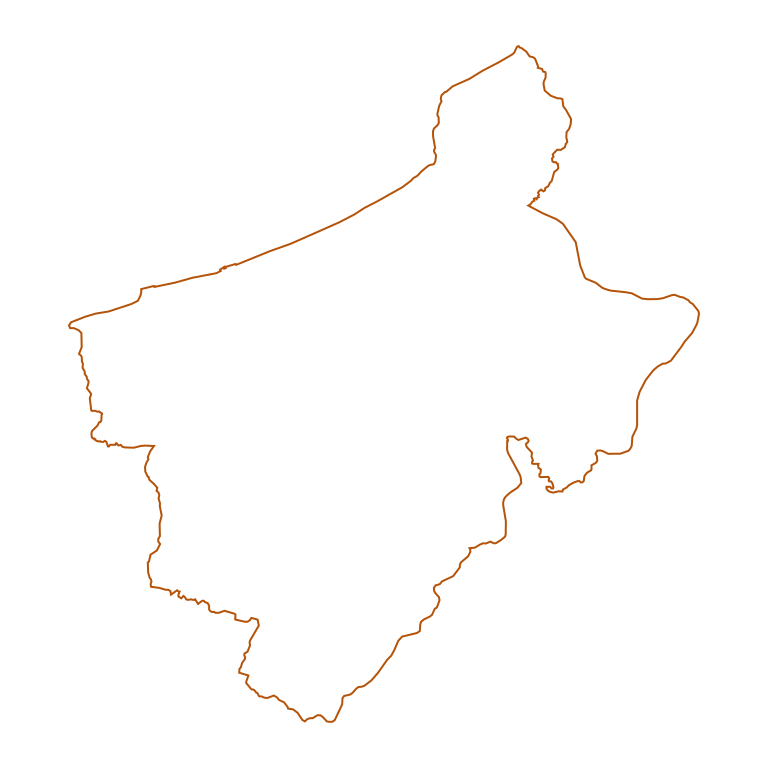 San Juan De Urabá, Antioquia, Colombia
{"feature_id": "7082276B41471862384078", "entity_name": "San Juan De Urabá", "entity_type": "district", "adm_level": 2, "iso_a3": "COL", "parent_name": "Colombia", "parent_adm1": "Antioquia", "projection": "orthographic", "projection_center": [-76.53, 8.711], "detail": "fine", "context": "isolated", "style": "outline", "palette": "amber", "viewbox_px": 768, "rotation_deg": 0, "n_neighbors": 0, "source": "geoboundaries", "source_scale": "gbopen_adm2", "svg_char_len": 6050}
<svg xmlns="http://www.w3.org/2000/svg" viewBox="0 0 768 768"><path d="M273.9,695.5L277.2,697.6L279.0,699.9L284.2,702.4L287.7,707.1L288.1,708.6L293.1,709.4L297.6,712.8L302.4,720.0L304.9,721.4L307.1,719.3L309.8,718.2L312.7,718.2L317.5,715.2L320.4,715.3L322.9,717.1L326.8,721.4L329.6,721.9L332.5,721.7L334.8,720.0L341.1,706.7L342.2,704.0L342.5,698.2L344.2,695.9L350.0,694.6L352.5,692.9L356.2,688.7L358.5,687.0L361.4,686.8L364.1,685.9L371.1,680.7L378.0,672.8L387.1,659.9L391.2,655.7L394.1,650.5L398.3,640.8L402.1,636.6L416.9,633.0L419.8,631.1L420.3,624.2L421.2,621.6L424.1,619.3L430.0,616.5L432.1,614.7L434.8,608.7L436.8,607.6L438.0,604.6L439.5,600.2L439.0,597.2L435.2,592.9L434.1,590.8L433.9,588.0L435.5,585.4L439.7,584.2L442.1,581.3L453.1,576.2L459.8,567.4L459.9,564.7L460.9,562.4L468.1,556.3L470.3,551.9L470.3,549.7L469.5,548.2L474.7,547.7L480.1,544.5L483.0,543.3L485.9,543.5L490.4,541.6L493.7,543.3L495.9,543.2L501.4,539.7L505.1,536.6L505.7,534.3L505.9,521.3L503.2,505.3L503.2,502.3L504.0,499.2L505.6,496.7L509.9,492.8L517.5,487.7L521.3,483.0L520.6,476.9L519.5,474.2L508.0,452.9L507.1,449.8L507.2,441.1L507.8,441.1L508.0,439.9L506.9,438.1L507.4,437.0L509.5,436.4L514.2,436.6L515.9,438.4L518.4,440.0L525.7,437.6L528.0,439.1L528.6,440.8L528.1,442.1L525.9,443.9L526.6,446.8L532.0,452.7L531.5,456.6L533.0,460.6L532.1,461.8L532.1,463.5L533.3,463.9L538.5,463.9L538.1,465.4L538.4,467.8L540.9,469.5L540.4,473.5L539.4,474.3L539.4,476.2L540.3,477.1L548.2,476.9L549.2,478.1L548.6,480.6L549.2,481.4L551.0,481.4L552.5,483.5L553.4,487.2L553.1,488.4L551.5,488.4L550.1,486.8L546.5,486.8L546.5,488.6L547.7,490.4L550.3,492.0L553.4,492.6L558.6,491.3L562.4,491.5L563.0,489.5L566.9,487.4L568.7,485.4L573.0,482.9L577.6,481.1L579.4,481.1L581.0,482.5L582.5,482.3L583.8,480.9L584.4,476.3L585.6,474.4L587.2,472.6L591.1,470.3L591.5,469.4L591.5,465.3L595.6,463.0L596.9,461.5L597.3,460.4L596.9,456.1L595.5,453.7L597.2,450.7L600.2,450.4L603.0,451.2L608.2,453.8L620.3,453.7L628.5,450.8L630.4,448.5L631.7,446.0L632.4,436.7L636.4,428.6L637.1,425.0L637.1,400.5L639.7,391.6L645.8,379.9L653.3,370.3L657.6,366.6L662.6,363.7L665.6,363.5L670.8,360.8L681.5,346.6L684.6,341.7L692.1,333.0L696.5,324.8L697.5,322.0L699.0,313.7L698.3,310.9L692.8,304.0L690.1,302.4L688.3,300.2L683.1,297.4L680.3,297.0L674.7,294.8L671.7,295.2L662.7,298.3L656.8,299.1L647.8,299.2L642.0,298.6L631.8,293.3L625.5,292.2L610.6,290.6L604.8,288.9L602.0,287.6L595.8,282.8L586.0,278.7L584.8,277.3L580.2,265.5L575.7,242.1L562.9,223.8L556.6,219.3L542.6,213.2L528.3,205.6L530.5,204.3L532.4,201.6L534.4,200.7L533.8,198.8L535.3,198.2L536.6,199.2L537.3,197.5L538.8,197.2L538.2,195.8L539.0,194.9L538.0,192.7L539.6,190.5L540.7,190.3L541.2,189.6L543.3,191.3L544.9,190.5L545.3,188.0L548.2,186.3L549.9,182.8L551.7,181.0L554.2,172.0L557.5,169.4L558.3,168.1L557.8,163.8L557.0,163.7L555.9,162.1L553.8,162.3L552.4,161.3L552.0,158.4L553.5,156.9L552.7,154.4L557.2,149.7L560.8,149.9L564.9,147.2L565.8,143.9L567.3,142.0L566.3,137.2L566.6,132.1L569.1,128.9L570.6,124.5L571.1,119.1L566.0,109.9L563.3,106.4L562.4,99.1L560.0,98.3L557.4,98.3L550.7,95.7L544.7,90.5L543.5,83.9L543.8,81.6L545.6,77.6L545.7,73.1L545.1,71.9L543.1,71.6L542.0,68.9L537.8,67.8L538.1,66.5L535.2,59.0L534.5,58.2L532.7,57.1L529.6,56.4L526.3,51.6L521.6,48.1L519.4,47.4L518.7,46.1L516.9,46.9L514.2,52.7L512.0,54.6L499.3,62.0L482.1,71.0L469.5,78.8L452.7,86.3L446.4,91.7L444.8,92.1L441.7,95.1L441.0,97.0L440.8,99.3L441.5,101.4L439.3,105.5L437.4,113.7L437.5,115.6L438.6,117.2L438.8,122.9L437.7,125.0L433.9,128.6L433.0,131.3L433.1,136.4L435.1,148.0L434.1,150.0L434.1,151.7L435.7,154.4L436.0,156.1L435.3,161.4L433.8,164.2L429.5,165.1L427.6,166.3L421.2,171.6L417.5,175.7L413.4,178.1L410.8,180.9L402.2,187.3L377.0,201.5L364.5,207.9L354.1,214.6L339.3,222.3L290.6,243.8L270.0,251.1L235.3,265.2L235.8,264.7L235.5,264.0L226.4,266.7L225.3,266.7L225.7,268.1L224.1,268.7L223.5,267.4L220.0,269.7L220.7,271.0L216.3,273.2L192.3,277.8L175.2,282.6L154.6,286.9L154.5,286.1L153.3,286.1L141.2,289.1L141.3,291.8L140.6,295.2L137.9,300.8L131.4,304.0L108.5,311.5L95.7,313.6L85.0,316.8L71.2,322.2L69.0,325.4L70.1,328.1L73.8,328.1L78.6,330.2L81.4,333.0L81.7,347.2L79.0,353.9L81.2,355.8L81.8,357.4L81.9,361.3L82.9,363.8L82.6,367.8L84.7,371.5L84.8,374.1L86.7,376.7L86.9,378.7L88.6,381.2L88.5,382.8L86.9,388.3L90.6,393.0L91.1,394.5L89.8,398.1L91.2,410.1L91.9,410.9L94.9,410.8L97.7,411.7L99.3,411.5L100.2,412.5L101.7,413.1L102.1,414.1L101.6,414.9L101.3,420.8L100.3,422.1L99.1,422.3L97.4,425.7L92.4,430.6L91.7,432.0L91.4,434.2L91.9,437.4L93.1,438.5L94.0,438.4L94.3,439.3L95.3,439.2L95.6,440.2L96.4,440.8L98.9,441.5L100.2,441.2L100.9,441.8L103.4,441.9L104.9,440.9L106.3,441.7L108.0,446.4L108.9,446.5L110.1,444.8L115.4,444.8L115.9,443.3L116.5,443.2L118.4,445.5L120.8,444.9L122.3,446.7L124.7,447.4L133.9,447.7L140.6,446.0L144.8,445.6L154.0,446.0L150.3,451.1L147.8,457.0L148.4,459.3L146.3,463.0L145.0,467.1L145.3,471.5L147.7,476.6L148.6,477.0L149.3,479.7L153.9,483.9L157.3,487.8L156.6,490.9L158.4,492.4L159.3,494.9L158.6,498.5L160.0,503.4L159.8,506.2L161.7,515.5L159.6,523.5L159.9,536.2L158.2,539.1L158.3,541.6L160.1,544.0L156.9,550.5L150.5,554.7L149.0,561.5L147.8,562.5L148.2,572.7L149.7,577.9L150.7,579.0L151.5,581.4L150.6,584.1L151.1,586.8L159.3,587.9L165.3,589.7L168.2,589.8L170.4,591.1L171.0,594.6L177.1,590.3L178.5,591.5L179.6,591.6L178.3,595.0L178.5,596.5L181.3,598.3L183.4,596.0L184.9,597.1L186.1,599.3L188.0,599.9L191.2,599.3L192.3,599.8L194.4,599.9L195.1,599.3L198.1,603.9L201.3,601.4L203.0,600.6L203.9,600.9L204.8,602.0L207.8,603.2L209.1,605.9L209.1,609.3L210.0,610.9L212.0,612.0L214.2,611.9L215.5,612.8L218.7,612.8L224.5,610.8L235.0,613.9L235.5,614.9L235.2,619.4L236.8,619.9L245.2,621.8L247.5,621.7L249.8,620.3L251.4,617.9L257.6,619.6L258.8,625.6L250.0,640.6L249.6,642.6L250.0,645.5L247.5,651.7L244.5,653.5L244.2,654.9L245.2,657.5L244.7,659.4L242.0,663.1L240.9,667.3L239.5,668.8L239.2,672.7L248.4,675.5L246.2,681.7L246.2,683.0L251.5,689.4L253.2,689.5L254.7,690.5L256.1,692.5L257.3,692.9L259.1,696.3L262.0,696.5L264.1,697.6L267.4,698.0L273.9,695.5Z" fill="none" stroke="#b45309" stroke-width="2"/></svg>